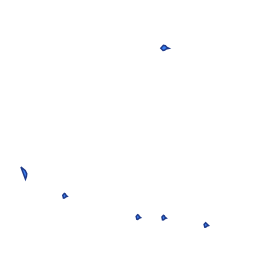 outline of Alifu Dhaalu, rotated 101°
{"feature_id": "MDV-5232", "entity_name": "Alifu Dhaalu", "entity_type": "Atoll", "adm_level": 1, "iso_a3": "MDV", "parent_name": "Maldives", "parent_adm1": "", "projection": "orthographic", "projection_center": [72.869, 3.67], "detail": "coarse", "context": "isolated", "style": "filled", "palette": "blue", "viewbox_px": 256, "rotation_deg": 101, "n_neighbors": 0, "source": "natural_earth", "source_scale": "10m", "svg_char_len": 749}
<svg xmlns="http://www.w3.org/2000/svg" viewBox="0 0 256 256"><g transform="rotate(101 128 128)"><path d="M197.8,218.9L186.8,225.6L186.7,225.7L189.4,220.8L192.2,218.7L195.1,218.5L197.8,218.9ZM42.0,103.0L43.0,105.4L44.6,107.0L45.2,108.4L43.4,111.0L40.1,109.0L40.1,107.1L41.4,105.3L42.0,103.0ZM213.6,98.5L214.5,100.0L215.9,101.0L215.9,101.9L213.3,103.1L211.3,102.0L211.6,101.0L212.8,100.0L213.6,98.5ZM206.7,174.6L207.5,176.0L208.8,177.0L209.1,178.0L206.5,179.2L204.4,178.0L204.7,177.0L205.9,176.0L206.7,174.6ZM208.4,30.3L209.2,31.8L210.5,32.8L210.7,33.7L208.1,34.9L206.2,33.7L208.4,30.3ZM209.2,73.2L210.1,74.7L211.4,75.6L211.6,76.6L208.9,77.7L207.0,76.6L207.3,75.6L208.5,74.7L209.2,73.2Z" fill="#3b82f6" stroke="#1e3a8a" stroke-width="1.5"/></g></svg>